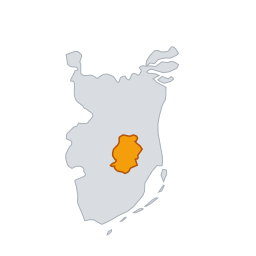 location of Flevoland within Netherlands, rotated 158°
{"feature_id": "NLD-902", "entity_name": "Flevoland", "entity_type": "Province", "adm_level": 1, "iso_a3": "NLD", "parent_name": "Netherlands", "parent_adm1": "", "projection": "albers", "projection_center": [5.642, 52.551], "detail": "fine", "context": "in_parent", "style": "filled", "palette": "amber", "viewbox_px": 256, "rotation_deg": 158, "n_neighbors": 0, "source": "natural_earth", "source_scale": "10m", "svg_char_len": 3816}
<svg xmlns="http://www.w3.org/2000/svg" viewBox="0 0 256 256"><g transform="rotate(158 128 128)"><path d="M157.9,219.2L153.9,219.1L150.0,219.0L148.0,218.7L145.9,217.7L144.9,215.8L143.7,213.4L144.0,211.9L147.6,207.8L148.1,206.6L147.8,206.0L148.1,204.2L150.8,198.0L151.2,195.5L150.0,193.8L148.2,192.7L142.5,190.9L139.8,188.3L138.5,186.0L137.3,185.4L135.4,186.2L130.7,187.0L126.9,185.7L122.4,181.4L121.3,177.6L120.8,174.7L119.7,173.7L118.2,175.1L116.2,177.5L112.4,177.7L111.3,177.2L111.2,175.9L111.0,174.6L110.0,173.0L108.8,172.1L104.0,176.5L102.2,176.4L100.0,174.7L98.9,173.0L96.4,173.9L94.1,175.9L94.8,179.8L93.6,180.5L90.9,180.1L87.8,178.4L84.4,177.4L79.2,174.7L71.9,176.6L66.9,173.9L62.7,173.6L60.1,171.4L57.4,167.9L59.4,165.7L61.4,165.0L69.1,164.7L74.7,166.2L84.5,174.0L87.1,174.0L89.8,173.1L88.5,171.0L86.0,170.0L82.3,167.9L79.4,165.0L86.4,164.2L85.4,162.7L84.6,160.2L77.4,151.3L78.7,149.0L80.7,144.0L83.1,139.8L84.9,138.7L88.0,135.8L94.6,127.2L98.9,120.2L102.1,111.8L106.9,88.5L108.3,84.6L110.5,80.3L113.1,81.1L115.0,82.4L121.6,79.1L133.0,70.6L136.4,63.2L139.6,59.7L152.6,52.9L159.7,50.9L170.7,50.3L178.6,49.0L188.1,48.4L191.8,52.5L194.0,55.5L197.4,57.2L202.7,58.2L202.6,64.2L202.8,76.1L202.5,78.3L200.2,83.3L197.9,92.4L197.3,98.3L196.5,99.5L186.4,99.6L184.9,100.7L184.7,101.9L185.3,103.5L185.1,105.0L184.3,106.2L184.7,108.2L186.5,110.4L189.8,111.7L193.3,111.8L195.0,111.5L196.4,113.1L197.7,115.5L197.7,118.6L197.2,122.7L195.7,126.6L191.0,131.1L188.9,132.7L186.9,133.5L186.0,134.7L185.5,136.2L185.7,137.5L189.1,141.0L189.0,141.8L188.1,143.7L186.8,145.4L178.1,149.2L174.5,148.9L172.4,150.7L171.8,151.1L169.5,149.5L164.3,147.6L162.4,148.3L161.3,149.3L158.1,150.6L155.8,152.6L155.8,155.1L160.0,161.7L161.4,163.0L161.5,165.5L163.5,168.6L165.6,172.4L165.8,174.9L165.6,177.4L164.6,180.9L161.0,189.2L161.0,190.8L161.3,192.0L162.5,192.3L163.5,193.0L163.2,194.1L156.5,199.9L155.7,200.9L152.8,200.6L152.4,201.6L152.8,203.1L153.9,204.5L156.3,205.2L158.4,206.6L160.1,209.5L157.9,219.2ZM87.8,178.4L87.2,180.8L85.6,183.4L80.3,187.1L74.7,189.5L71.9,189.1L70.0,187.7L69.0,186.3L66.1,185.0L62.1,184.2L59.5,185.5L57.7,186.8L56.2,186.6L55.0,185.4L54.2,183.6L53.2,178.1L56.2,177.2L62.7,177.0L67.6,179.1L74.2,180.2L79.3,177.7L83.2,180.0L87.8,178.4ZM77.4,155.8L81.1,159.4L81.9,160.5L82.2,161.7L77.3,163.0L72.2,158.6L68.8,159.5L67.5,157.5L67.5,156.2L71.1,155.2L77.4,155.8ZM115.0,72.1L111.2,76.6L108.9,75.3L108.3,74.2L109.5,70.7L115.1,65.0L115.0,72.1ZM131.9,52.3L128.3,52.8L126.7,51.9L135.2,49.4L140.6,48.6L141.6,49.0L131.9,52.3ZM154.7,47.6L147.2,48.7L144.7,47.9L144.3,47.2L146.3,46.7L152.7,46.6L154.6,47.3L154.7,47.6ZM123.6,57.1L116.6,61.7L116.0,61.0L120.5,57.0L123.6,57.1ZM184.9,39.5L181.4,39.8L182.4,38.1L185.6,36.8L187.4,36.8L184.9,39.5ZM169.9,44.2L164.6,46.4L163.3,46.0L163.6,45.4L168.3,44.0L169.9,44.2Z" fill="#d9dde1" stroke="#a8b0b8" stroke-width="1"/><path d="M147.6,87.0L148.0,87.2L148.9,88.2L149.3,89.2L152.1,90.7L153.9,92.2L154.3,92.7L154.6,93.2L155.2,94.8L155.5,96.4L155.3,96.8L155.1,97.1L154.8,97.4L154.7,97.5L154.9,97.6L155.2,97.8L156.7,98.2L157.5,98.6L158.3,99.7L157.1,100.4L155.3,101.0L154.9,101.0L154.3,100.9L154.1,100.8L153.5,100.8L151.6,101.7L151.6,101.8L151.1,102.3L151.1,103.0L151.7,103.5L152.5,107.0L152.5,108.1L152.0,109.6L151.4,110.8L150.5,112.2L149.8,113.1L148.8,113.9L147.3,114.6L145.6,115.4L144.3,115.9L143.3,116.6L142.2,117.4L141.4,118.3L140.8,119.8L140.3,121.2L139.6,122.6L138.2,123.0L135.4,123.4L134.8,123.1L134.7,123.1L133.1,122.1L129.9,119.9L128.6,119.5L127.8,119.5L126.3,119.6L125.1,119.2L123.0,117.0L123.0,114.9L125.2,112.9L126.5,112.9L125.5,110.1L123.7,107.3L122.8,103.1L129.2,99.0L129.8,96.6L131.0,95.8L132.9,96.4L133.4,90.1L133.5,90.1L140.6,89.9L142.2,88.7L143.4,87.6L144.4,87.2L145.3,87.0L146.2,87.0L146.7,87.1L146.8,87.1L147.6,87.0Z" fill="#f59e0b" stroke="#b45309" stroke-width="1.5"/></g></svg>